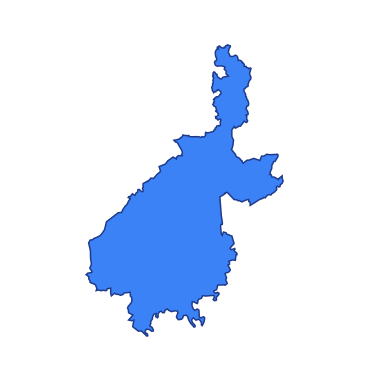 the district of Tlahuiltepa, Hidalgo, Mexico, rotated 197°
{"feature_id": "50627088B86938418920354", "entity_name": "Tlahuiltepa", "entity_type": "district", "adm_level": 2, "iso_a3": "MEX", "parent_name": "Mexico", "parent_adm1": "Hidalgo", "projection": "robinson", "projection_center": [-98.986, 20.833], "detail": "fine", "context": "isolated", "style": "filled", "palette": "blue", "viewbox_px": 384, "rotation_deg": 197, "n_neighbors": 0, "source": "geoboundaries", "source_scale": "gbopen_adm2", "svg_char_len": 6035}
<svg xmlns="http://www.w3.org/2000/svg" viewBox="0 0 384 384"><g transform="rotate(197 192 192)"><path d="M210.6,333.9L210.5,332.2L209.3,329.1L207.4,326.7L207.1,324.9L208.2,323.9L208.4,322.7L207.8,321.4L206.4,320.0L204.7,319.7L201.1,321.2L197.3,321.3L196.9,320.9L197.1,318.8L194.7,317.7L194.0,315.0L191.1,313.6L196.0,310.8L197.0,308.7L197.7,308.4L201.1,309.6L202.3,310.9L202.4,311.8L203.8,311.9L205.0,313.1L206.2,313.3L206.7,311.7L205.9,310.8L206.3,309.6L205.7,309.4L205.8,308.2L204.7,307.8L204.6,304.5L204.0,304.0L203.6,302.3L204.0,301.4L203.5,300.7L203.7,297.8L202.4,295.4L200.3,293.3L200.0,294.2L198.5,294.8L198.3,296.2L197.3,296.6L197.1,297.5L195.6,297.2L193.5,296.0L192.9,294.7L193.8,293.5L193.8,292.7L195.0,290.6L196.7,290.1L196.8,289.0L197.5,288.8L198.2,287.3L198.4,286.8L197.6,286.7L197.6,285.8L197.0,285.0L197.6,284.1L197.1,283.5L197.7,281.9L196.5,280.8L194.3,280.3L192.1,277.0L193.0,276.6L193.0,276.2L190.8,275.4L189.3,273.7L190.0,272.0L190.8,271.0L191.5,271.0L190.7,269.3L189.6,269.3L188.2,268.4L187.2,269.6L186.0,270.0L185.3,268.9L185.6,267.2L184.3,264.3L184.9,263.3L185.8,263.4L187.7,262.2L187.6,260.7L188.5,259.9L188.2,258.3L189.1,257.6L189.3,256.0L194.3,253.1L196.3,253.1L196.4,252.1L195.6,250.1L196.4,248.1L198.6,247.9L199.5,246.7L201.7,246.9L210.2,244.2L211.6,245.1L212.4,244.3L212.8,244.6L216.2,243.8L217.2,244.0L217.6,242.0L220.3,238.4L224.4,236.2L222.6,235.1L220.4,234.9L213.7,228.5L212.7,226.9L212.8,225.3L212.1,223.7L213.3,223.8L214.3,222.9L215.9,222.7L216.9,220.6L216.6,219.1L220.3,219.9L224.3,214.7L225.6,211.0L230.9,206.7L228.2,202.7L228.4,202.0L230.6,198.5L232.8,193.7L235.3,193.3L237.3,189.2L238.0,189.3L238.4,188.1L239.2,187.9L241.2,185.8L240.5,183.1L240.1,183.0L240.5,181.2L239.3,179.5L239.0,178.2L240.3,177.6L243.1,179.0L244.4,178.5L244.1,175.9L245.1,174.8L245.7,172.0L248.5,172.9L249.5,169.9L251.2,169.0L251.4,168.0L249.0,167.8L250.0,164.8L250.6,160.7L251.6,159.5L252.9,155.4L253.4,151.9L256.5,150.6L265.1,138.5L264.6,130.5L265.9,126.0L267.2,123.3L271.0,119.7L271.9,119.3L273.2,117.2L275.3,116.3L276.0,113.1L272.1,106.4L269.4,98.3L267.6,95.0L267.1,92.9L267.5,89.3L264.4,86.7L264.4,85.7L268.0,83.9L269.1,82.0L266.0,80.9L265.1,78.4L263.6,77.3L263.0,75.7L257.3,75.2L254.7,71.8L254.8,69.7L252.7,71.0L250.1,70.9L248.9,71.9L245.3,72.5L244.8,73.1L245.0,74.5L241.6,76.3L240.2,71.3L238.7,69.1L236.4,72.6L234.4,72.0L233.3,72.5L230.0,72.4L228.1,73.8L227.4,75.6L221.8,78.0L220.5,74.5L219.3,73.9L218.3,72.4L217.6,69.8L217.7,68.4L219.6,63.8L219.7,62.0L218.7,61.2L217.3,58.0L212.5,57.0L215.2,51.0L212.2,51.2L210.1,52.5L209.4,46.1L209.0,45.7L202.3,43.2L201.5,43.9L199.7,44.3L193.1,41.0L192.3,41.5L192.9,42.9L193.8,43.6L195.3,43.7L196.1,44.7L195.7,47.0L194.9,47.7L192.5,48.0L189.8,47.0L188.4,47.8L188.6,48.7L190.5,50.8L193.3,51.7L192.9,53.6L193.6,56.6L192.8,58.8L193.2,61.2L192.6,64.1L190.7,65.3L190.3,62.2L188.2,61.6L187.9,62.8L188.8,65.4L188.0,68.1L186.8,68.8L184.6,68.0L183.2,68.5L183.2,71.0L181.3,73.0L179.8,72.0L176.6,71.6L173.7,73.4L171.1,73.8L170.2,72.4L170.4,68.1L169.8,67.2L167.7,65.9L164.9,67.2L164.2,68.4L163.9,71.4L161.5,72.5L159.7,71.5L157.8,68.8L155.3,66.3L150.5,63.4L149.7,64.0L150.0,65.2L153.6,67.5L154.8,69.3L154.7,70.7L153.7,72.0L150.8,70.6L148.5,72.2L147.8,72.2L145.2,70.4L144.0,67.5L143.1,67.2L142.5,71.5L143.0,75.3L144.4,76.1L146.8,74.3L148.1,74.4L148.8,75.4L150.8,81.0L152.1,81.6L153.1,81.5L154.3,79.7L156.3,80.3L158.8,83.3L159.7,87.0L158.9,87.5L154.5,86.8L154.1,87.7L154.6,89.4L154.3,91.3L151.9,93.1L151.6,95.7L151.1,96.1L148.5,96.5L140.9,99.5L139.9,98.3L140.3,95.2L138.8,94.6L137.3,95.4L137.0,96.1L138.0,98.0L136.3,102.1L136.5,103.0L138.3,103.5L139.8,102.2L141.5,102.5L142.2,103.9L139.9,105.9L140.2,110.5L134.1,112.6L133.1,112.5L131.6,114.8L132.7,116.5L133.6,117.0L134.0,117.8L133.9,120.1L136.5,123.5L136.0,124.6L134.5,125.3L133.2,126.6L132.6,128.2L132.7,129.0L136.3,132.6L135.0,133.9L135.4,135.2L136.6,136.5L133.2,139.0L130.6,139.3L131.5,144.8L130.7,145.1L130.8,145.9L131.5,146.8L133.5,147.4L134.5,148.2L134.2,149.9L134.6,150.4L137.6,148.3L138.9,149.0L138.9,150.3L136.7,155.0L141.0,161.6L142.8,161.5L144.4,162.0L146.0,161.6L147.6,163.0L150.2,162.9L150.5,159.4L151.7,160.4L154.6,167.4L154.9,169.5L153.6,169.9L153.9,171.4L157.1,178.0L163.9,195.4L160.6,199.1L160.5,200.2L159.6,200.3L159.5,201.2L158.2,202.0L149.6,197.1L146.9,197.6L145.6,197.1L144.4,197.6L141.5,197.1L137.3,200.6L135.6,201.4L134.9,199.5L133.6,199.3L132.4,196.2L125.0,204.8L122.5,206.5L121.9,207.8L120.3,207.8L119.0,210.9L117.8,211.9L115.6,212.3L115.2,213.7L113.5,215.5L111.8,218.6L111.8,219.7L112.7,220.7L112.6,221.6L111.8,222.5L110.8,222.1L109.5,222.7L109.6,224.9L108.4,226.4L108.0,229.0L109.7,231.4L110.5,233.8L112.9,230.3L112.9,229.3L117.9,230.3L119.8,229.6L121.2,231.5L122.4,232.0L122.8,231.7L122.6,233.0L123.1,234.0L122.6,237.4L123.5,241.5L123.0,242.4L122.9,244.8L121.5,245.6L120.3,250.3L120.4,252.3L121.1,253.1L128.8,250.3L131.5,250.0L133.6,247.5L136.0,246.6L136.3,242.0L142.7,242.2L146.7,239.2L148.7,238.5L151.5,234.5L153.1,235.7L153.3,236.5L154.4,236.7L156.5,238.2L160.1,238.8L161.4,240.6L166.8,244.3L166.4,245.7L166.6,249.2L167.4,253.6L170.1,256.7L172.1,263.1L170.7,267.0L169.6,265.9L168.9,265.9L166.2,268.8L164.9,269.1L162.7,275.0L160.5,274.3L159.7,275.2L159.6,276.3L161.2,278.0L161.8,280.6L162.8,281.3L161.1,282.4L161.1,283.1L162.1,285.0L164.7,287.5L164.6,290.0L163.8,290.5L163.4,291.9L163.8,293.5L165.7,296.3L166.9,297.0L167.7,298.7L168.7,299.1L169.2,301.0L171.7,303.5L172.4,305.4L171.4,306.6L171.2,307.7L169.3,309.5L169.8,311.1L169.9,314.3L168.8,317.6L169.5,319.5L170.4,320.2L171.6,322.1L171.7,327.4L172.6,327.7L173.6,326.5L174.6,327.1L176.0,327.1L177.0,328.0L178.0,327.4L179.1,327.6L179.2,329.2L181.5,330.8L181.8,330.4L183.1,331.7L185.0,332.0L186.2,331.3L187.8,334.3L189.1,335.4L190.7,335.5L192.3,333.6L195.1,332.9L198.2,336.4L198.4,340.2L197.8,342.1L198.2,343.0L201.3,343.0L201.4,342.2L202.6,341.5L202.8,339.9L203.5,339.9L203.4,339.2L204.0,338.9L205.5,338.6L208.8,339.6L209.6,338.3L208.2,337.2L208.9,337.7L209.9,337.6L209.0,336.6L209.7,336.8L210.6,333.9Z" fill="#3b82f6" stroke="#1e3a8a" stroke-width="1.5"/></g></svg>